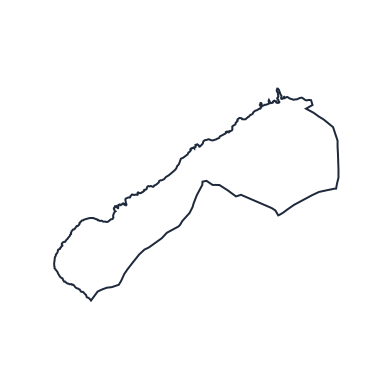 outline of Domoni, Andjouân, Comoros, rotated 252°
{"feature_id": "10938185B41806506469500", "entity_name": "Domoni", "entity_type": "district", "adm_level": 2, "iso_a3": "COM", "parent_name": "Comoros", "parent_adm1": "Andjouân", "projection": "albers", "projection_center": [44.503, -12.179], "detail": "fine", "context": "isolated", "style": "outline", "palette": "slate", "viewbox_px": 384, "rotation_deg": 252, "n_neighbors": 0, "source": "geoboundaries", "source_scale": "gbopen_adm2", "svg_char_len": 6013}
<svg xmlns="http://www.w3.org/2000/svg" viewBox="0 0 384 384"><g transform="rotate(252 192 192)"><path d="M242.5,333.6L243.3,332.0L243.6,330.9L243.6,329.6L244.2,328.5L244.8,327.9L246.8,326.5L247.8,325.6L248.1,323.5L247.7,320.4L248.2,318.7L248.3,317.2L250.9,313.6L252.2,312.7L253.0,311.8L253.0,311.2L252.7,309.1L253.7,309.2L254.0,309.1L253.9,308.7L252.8,307.7L252.8,306.7L252.7,306.3L253.0,305.8L253.2,305.7L254.0,305.8L254.7,306.4L255.9,306.8L258.6,306.1L259.6,306.4L260.4,306.1L261.9,306.3L263.6,305.7L264.0,305.1L263.1,304.3L262.0,303.9L261.3,303.8L260.1,304.3L259.7,304.3L258.5,303.9L256.4,303.8L255.8,303.1L255.4,303.1L255.2,302.9L255.0,302.1L254.7,301.9L253.5,302.2L253.0,302.6L251.6,302.4L251.1,302.8L250.7,302.9L250.4,302.8L250.2,302.5L250.4,301.8L250.1,301.5L250.1,301.2L250.5,300.7L250.9,299.9L251.4,299.8L252.3,300.1L252.5,299.9L252.5,299.2L253.4,298.6L253.4,298.0L253.2,297.6L252.7,297.2L252.8,296.7L252.5,296.5L252.0,296.3L252.2,294.1L252.8,293.6L254.1,293.9L255.8,293.6L255.5,293.3L254.4,292.9L253.5,292.9L252.8,293.1L252.5,293.0L252.2,291.9L252.1,289.3L252.5,288.1L252.1,286.7L252.2,285.8L252.9,284.7L253.7,285.3L254.6,285.5L255.3,285.2L255.5,284.7L255.3,284.4L254.3,284.2L253.8,283.4L252.9,283.7L252.4,284.2L251.9,284.0L251.3,284.2L251.0,283.9L251.2,283.4L250.2,282.8L250.1,282.5L250.4,281.5L249.7,279.1L249.8,277.4L248.8,274.8L248.0,274.3L247.6,273.8L247.3,272.9L247.2,271.2L246.8,270.4L246.1,269.6L246.0,268.4L245.5,267.6L245.4,267.0L244.7,265.5L244.7,265.0L244.9,264.2L245.7,262.2L246.0,262.1L246.6,262.1L247.1,261.4L247.7,260.1L247.2,258.1L246.3,257.2L245.7,257.4L245.1,256.7L244.3,254.9L243.1,254.4L242.9,254.1L242.1,251.0L241.8,250.6L241.6,250.4L240.7,250.3L239.8,249.9L239.2,249.9L238.3,249.0L238.0,247.3L238.0,246.8L238.4,246.3L238.3,246.1L237.6,246.0L237.4,245.6L237.4,245.3L237.6,245.0L238.7,244.1L238.6,242.9L238.0,242.9L238.0,242.5L237.5,242.3L237.3,241.9L236.6,238.0L236.4,236.4L236.3,235.9L235.7,235.1L235.1,234.7L234.9,234.3L234.9,231.9L234.6,231.5L234.6,228.2L235.1,226.6L235.9,225.5L236.7,224.7L237.1,223.8L237.0,222.5L237.3,220.7L236.9,218.9L236.7,218.5L235.4,217.7L234.5,216.9L233.4,214.8L232.9,214.0L232.8,213.1L233.2,212.8L234.1,212.9L235.6,211.9L235.4,211.3L235.6,211.2L235.5,210.9L235.7,210.4L235.5,210.2L235.5,209.8L234.9,209.9L234.6,209.6L233.8,209.4L233.6,209.0L233.8,208.5L233.7,208.1L232.7,207.7L233.5,207.3L233.3,207.1L233.4,206.9L233.8,206.3L233.8,206.1L233.5,205.6L233.7,205.3L233.5,205.0L233.7,204.8L233.6,204.3L233.2,204.0L233.1,203.6L232.6,203.5L232.0,203.7L231.8,203.5L231.0,202.2L230.6,200.7L230.2,200.5L229.1,199.4L227.3,194.1L227.1,191.7L222.9,188.5L221.8,187.2L221.5,186.2L219.2,184.2L218.2,182.6L216.1,177.7L215.1,175.1L214.3,171.8L212.8,169.3L212.5,166.6L212.8,165.9L212.7,165.6L212.8,164.6L212.6,164.2L211.4,163.4L210.2,160.6L209.9,159.3L209.8,158.0L209.0,157.1L209.0,156.4L210.5,154.6L210.4,153.6L210.5,153.2L211.1,152.5L211.1,151.9L211.0,151.5L210.5,150.8L208.8,149.7L208.5,148.2L208.8,147.6L208.8,147.3L208.6,146.9L207.8,146.8L207.1,144.8L207.2,144.1L206.8,143.5L206.9,142.3L207.1,142.0L207.2,141.5L208.2,140.8L208.3,140.4L208.0,140.0L207.1,139.8L206.9,139.5L206.3,139.5L206.2,139.0L206.7,138.2L207.0,137.2L207.0,136.1L208.1,134.5L208.2,134.2L208.1,133.9L207.7,133.7L207.2,132.3L206.2,131.7L205.9,131.2L206.4,130.2L206.4,128.6L206.1,126.8L205.5,126.3L203.9,126.0L202.0,125.8L200.3,125.8L200.0,125.6L199.7,125.1L200.1,124.5L201.4,124.3L201.1,123.6L201.3,123.4L201.9,123.4L202.4,123.0L202.1,122.6L202.3,122.0L201.8,121.3L201.9,120.6L201.5,120.1L202.1,119.4L202.5,119.3L202.5,118.1L201.4,117.4L201.2,117.5L201.0,117.3L200.6,117.3L200.2,116.8L199.5,116.8L199.4,116.7L199.5,116.5L200.3,116.1L201.0,115.5L201.6,115.9L202.1,115.7L202.2,114.2L201.0,113.6L200.9,112.9L200.6,112.6L200.1,112.5L199.5,112.6L198.2,112.7L197.3,113.2L197.2,112.5L195.4,110.7L193.9,109.7L193.4,109.7L192.7,109.3L191.9,109.3L190.9,108.1L191.0,105.9L190.4,104.9L190.1,103.8L189.8,103.4L189.7,102.7L189.9,101.4L190.4,100.8L190.6,100.2L191.1,99.2L191.2,98.6L191.5,98.1L192.4,97.4L192.7,97.0L193.0,95.4L193.6,94.9L193.9,94.3L194.2,94.2L194.3,93.8L194.7,93.8L195.2,93.4L195.3,93.0L195.6,92.9L195.9,92.2L196.8,91.3L196.9,91.0L197.8,90.1L197.9,89.4L198.2,88.8L198.8,86.8L198.9,85.9L199.1,80.8L198.7,79.9L198.9,79.1L198.9,78.4L198.2,77.5L198.2,76.9L197.7,76.3L197.4,75.6L197.1,75.6L197.0,75.2L196.2,75.0L195.9,74.7L194.9,72.7L195.3,72.1L195.2,71.7L192.9,68.6L192.9,67.7L193.1,67.4L192.2,65.9L191.9,65.4L191.4,65.1L190.6,64.2L189.3,64.0L189.0,62.9L188.7,62.8L187.7,61.9L187.0,60.5L186.0,59.3L185.3,57.7L184.7,57.1L184.4,56.6L183.9,56.0L183.8,55.6L184.1,55.1L184.0,53.7L183.3,52.4L182.4,51.9L181.9,51.9L181.3,52.3L180.9,52.1L180.5,50.8L179.8,50.3L179.8,49.7L179.2,49.3L178.9,48.6L178.6,48.6L178.5,46.9L178.1,46.5L177.0,46.0L175.9,45.2L175.4,44.6L174.7,43.3L174.3,43.3L172.9,42.2L172.3,41.4L169.3,40.1L166.9,38.9L164.1,38.1L163.4,38.2L162.2,37.7L157.6,39.3L155.5,39.5L152.2,40.3L151.3,40.8L149.7,42.2L148.4,42.1L148.0,42.3L146.4,42.6L146.2,42.8L146.0,43.6L144.5,44.4L143.3,45.4L143.1,46.1L142.0,47.2L141.7,48.8L141.3,49.3L140.7,49.4L140.7,50.1L140.2,50.6L138.9,51.2L137.7,51.5L137.0,51.9L135.7,53.1L135.3,53.9L134.6,54.3L133.9,55.1L133.0,55.2L131.5,55.7L131.2,56.1L130.7,57.5L130.4,57.7L129.0,58.2L126.8,59.4L126.1,59.3L125.5,59.5L124.7,59.4L124.3,59.5L123.5,60.7L123.1,61.0L121.5,61.9L120.0,62.4L126.5,71.5L127.1,76.4L127.3,81.4L126.3,86.4L126.4,93.7L129.3,97.1L134.9,102.2L138.3,106.6L143.2,113.8L148.8,122.3L151.9,128.9L152.6,133.9L157.4,149.0L161.0,155.5L163.4,168.6L164.6,170.7L167.4,173.8L172.8,183.2L177.5,187.9L180.5,189.9L187.5,195.6L195.6,204.0L198.6,205.2L198.1,209.3L192.4,213.7L190.2,220.2L182.9,226.2L174.2,232.5L174.2,237.7L152.1,262.8L148.7,265.6L143.1,266.8L143.4,268.9L144.2,272.4L145.7,276.7L148.2,284.9L151.9,305.4L152.8,312.8L152.1,320.0L151.1,328.7L150.7,330.1L155.0,332.4L160.3,335.7L167.6,338.1L182.8,342.5L190.3,344.5L195.8,346.3L210.1,346.2L220.3,339.6L224.9,335.7L229.8,332.1L236.0,326.2L237.5,333.5L242.5,333.6Z" fill="none" stroke="#1e293b" stroke-width="2"/></g></svg>